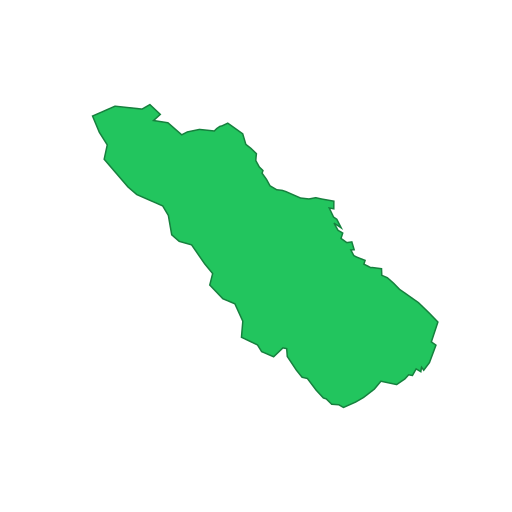 outline of Malësi e Madhe, Shkodër, Albania, rotated 288°
{"feature_id": "67620474B62137861373373", "entity_name": "Malësi e Madhe", "entity_type": "district", "adm_level": 2, "iso_a3": "ALB", "parent_name": "Albania", "parent_adm1": "Shkodër", "projection": "albers", "projection_center": [19.601, 42.395], "detail": "fine", "context": "isolated", "style": "filled", "palette": "green", "viewbox_px": 512, "rotation_deg": 288, "n_neighbors": 0, "source": "geoboundaries", "source_scale": "gbopen_adm2", "svg_char_len": 1534}
<svg xmlns="http://www.w3.org/2000/svg" viewBox="0 0 512 512"><g transform="rotate(288 256 256)"><path d="M373.6,188.1L369.2,183.4L368.1,181.6L365.1,179.3L362.0,177.7L358.9,163.1L352.8,152.4L348.3,147.9L355.5,131.1L353.2,116.7L361.1,121.2L367.2,108.3L360.5,102.2L354.9,75.6L338.6,57.3L325.2,68.8L315.7,80.2L301.1,81.7L282.1,112.9L277.6,123.6L274.8,151.8L267.5,160.1L250.1,169.3L246.2,178.4L246.7,191.3L232.7,209.6L225.9,220.2L214.1,221.0L205.1,237.7L204.0,250.7L189.9,263.6L174.2,267.3L171.9,284.9L166.8,290.9L165.6,303.9L176.9,310.0L177.4,313.8L170.1,316.8L159.9,329.7L154.9,337.3L155.4,342.7L146.9,354.8L141.8,363.9L141.8,367.0L138.4,373.8L140.1,380.7L139.0,386.0L147.9,395.9L154.7,402.0L166.0,409.7L175.5,413.5L177.2,429.5L185.1,435.6L190.2,437.9L190.7,441.7L198.1,443.2L196.9,448.5L201.2,447.8L201.4,447.8L199.2,450.8L208.2,453.9L226.8,454.7L228.5,449.3L249.4,449.4L255.1,438.7L261.8,425.0L265.8,412.1L268.6,402.9L272.6,395.3L275.9,387.7L276.5,381.6L282.7,379.3L281.0,370.2L280.4,368.7L281.6,361.1L285.5,361.1L286.1,351.9L286.6,348.9L291.1,344.3L292.3,347.4L299.0,342.8L296.8,338.2L299.0,331.4L304.6,331.4L305.8,326.0L311.4,320.0L309.1,328.3L315.9,321.5L317.0,317.7L324.3,310.8L324.9,315.4L332.2,313.1L330.5,300.9L329.9,294.8L326.6,288.7L324.9,280.4L326.5,264.4L326.5,260.8L326.5,260.6L325.4,255.2L327.1,247.6L332.1,242.3L336.6,236.2L339.4,236.2L341.7,231.6L346.7,226.3L350.0,225.5L353.4,224.8L356.8,217.9L358.9,212.2L359.2,211.7L368.1,205.6L372.5,191.7L373.6,188.1Z" fill="#22c55e" stroke="#15803d" stroke-width="1.5"/></g></svg>